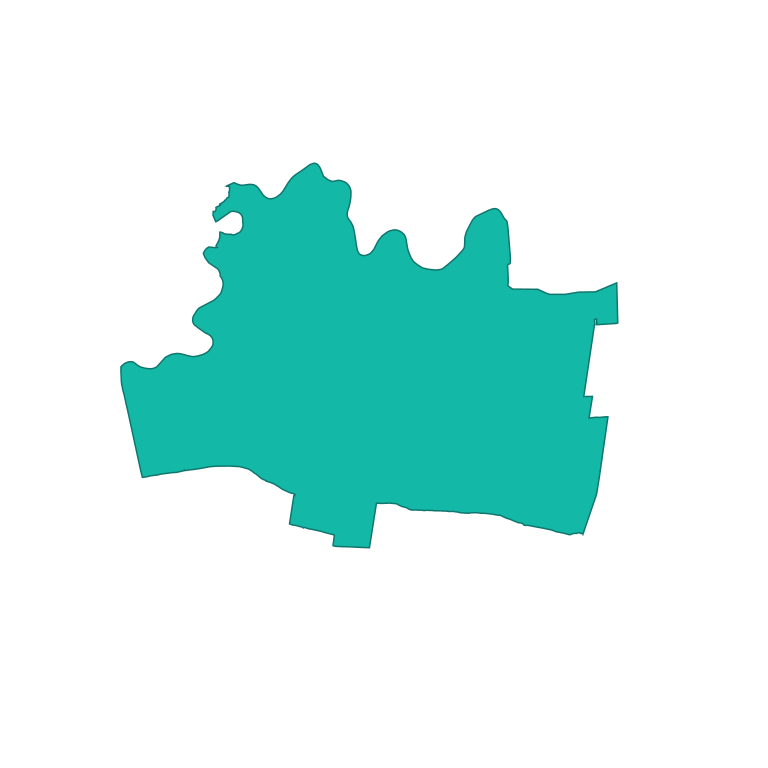 outline of Candesti, Botosani, Romania, rotated 131°
{"feature_id": "2599482B64349718392077", "entity_name": "Candesti", "entity_type": "district", "adm_level": 2, "iso_a3": "ROU", "parent_name": "Romania", "parent_adm1": "Botosani", "projection": "robinson", "projection_center": [26.21, 47.926], "detail": "fine", "context": "isolated", "style": "filled", "palette": "teal", "viewbox_px": 768, "rotation_deg": 131, "n_neighbors": 0, "source": "geoboundaries", "source_scale": "gbopen_adm2", "svg_char_len": 6147}
<svg xmlns="http://www.w3.org/2000/svg" viewBox="0 0 768 768"><g transform="rotate(131 384 384)"><path d="M543.4,593.9L546.8,591.1L555.2,583.1L559.7,577.4L563.3,572.1L568.2,565.6L572.3,559.9L599.8,523.1L609.2,510.5L613.0,505.1L610.2,502.6L605.9,499.5L601.3,495.3L598.4,493.3L590.1,485.9L586.7,482.5L580.3,477.8L579.9,478.1L579.8,477.7L579.6,477.2L578.6,476.2L576.7,474.7L574.1,472.2L568.6,467.5L560.7,461.2L556.2,456.8L547.3,446.8L542.6,440.7L542.0,440.0L541.3,439.1L539.7,436.2L538.1,432.5L537.2,430.9L537.0,430.2L536.4,426.3L536.3,423.7L535.9,421.0L535.8,415.2L535.7,414.1L535.0,411.5L534.3,409.9L534.7,409.4L532.9,405.3L532.1,403.0L531.2,400.0L531.1,398.0L530.6,396.3L530.5,394.5L530.1,391.5L528.0,384.4L527.2,382.3L526.2,380.5L525.7,378.7L526.9,378.1L527.4,378.8L551.6,363.5L550.3,360.3L548.6,357.8L546.4,353.1L545.5,351.8L545.6,351.1L545.6,350.4L544.4,349.8L544.1,349.3L543.3,347.2L542.0,344.5L541.5,344.2L540.2,341.6L538.8,339.1L536.2,334.2L535.3,332.0L530.5,322.4L539.5,316.4L538.3,314.1L533.8,308.3L529.9,303.7L522.4,294.1L517.1,287.6L478.9,311.5L478.4,311.0L476.6,308.5L473.8,305.4L470.5,302.0L466.4,296.3L466.0,295.4L465.7,293.5L464.5,289.6L462.7,286.3L462.5,285.7L462.4,284.0L461.7,281.9L461.1,280.7L460.1,279.3L458.7,278.0L457.3,276.3L456.8,275.4L454.4,272.6L453.8,271.5L452.6,270.1L451.9,269.6L448.2,265.1L446.3,262.4L443.2,258.9L441.9,257.1L439.6,254.3L437.4,251.1L434.6,248.0L434.0,246.8L432.5,244.7L431.0,241.8L429.2,239.5L428.3,238.1L427.3,237.1L426.1,235.4L423.9,233.6L420.8,230.2L418.8,227.4L418.0,226.1L415.4,223.0L412.2,218.4L411.0,216.6L408.5,212.3L406.7,210.0L406.3,208.0L405.4,205.1L404.8,203.2L403.5,200.4L401.9,195.4L400.5,191.5L399.3,189.9L398.5,188.1L398.4,187.6L398.7,186.1L398.4,185.2L397.7,184.2L396.6,183.2L395.0,180.5L391.2,173.9L390.4,172.7L387.8,168.2L386.5,165.8L384.2,161.7L383.2,158.9L382.0,156.1L381.1,154.9L379.9,152.5L378.9,151.1L378.4,149.7L376.5,146.2L376.3,145.3L375.4,144.6L372.6,143.0L371.4,141.8L370.4,140.6L368.8,139.8L368.3,139.3L368.0,138.9L367.9,137.7L366.7,136.3L366.7,135.8L366.9,135.3L333.0,149.1L328.6,150.9L326.5,152.0L312.7,160.6L261.9,193.4L262.7,194.6L267.7,199.3L270.2,202.4L275.2,206.9L256.6,218.5L262.4,225.0L201.4,263.9L200.8,263.6L197.2,267.5L195.5,266.2L199.6,262.3L186.0,248.5L184.6,247.6L155.0,274.7L175.8,284.9L187.0,297.4L197.5,306.1L207.7,317.8L209.2,321.7L211.6,330.0L228.1,349.3L228.6,355.0L225.0,357.6L221.6,360.7L212.8,369.1L210.9,368.0L209.6,368.2L207.3,370.2L206.2,371.0L185.2,392.5L180.5,398.0L180.2,401.2L179.9,402.6L178.1,407.5L177.6,409.5L177.5,411.9L177.6,413.0L178.4,414.7L178.8,415.3L180.4,416.8L184.3,419.0L195.6,423.9L197.0,424.5L198.9,424.9L203.3,424.6L214.7,421.8L218.9,419.9L220.5,419.0L226.7,414.0L227.7,413.3L228.8,412.8L230.5,412.5L232.2,412.4L239.9,412.6L242.5,412.8L252.0,414.2L258.0,415.3L259.4,415.8L260.3,416.4L262.7,418.3L264.8,420.7L267.4,424.5L269.0,427.0L270.7,430.3L271.1,431.1L272.1,437.3L272.2,442.1L271.1,446.1L269.5,449.5L268.1,452.1L267.0,454.0L265.2,456.4L260.3,462.3L259.2,463.9L258.3,465.9L257.9,467.4L258.0,471.2L258.4,472.8L259.5,475.5L260.8,477.2L261.9,478.2L264.9,480.2L266.6,481.0L268.6,481.6L273.7,482.6L278.3,482.4L280.2,482.2L289.1,480.0L292.7,479.9L294.2,480.0L295.3,480.3L296.9,481.0L299.5,482.5L300.6,483.9L301.7,486.1L301.9,487.1L301.9,488.1L301.7,489.1L301.5,489.9L300.4,491.9L297.6,495.7L293.2,500.7L288.4,506.5L286.1,509.7L285.0,511.4L283.6,515.1L282.5,519.8L282.3,520.4L281.2,522.0L279.0,524.0L275.9,525.6L273.7,526.4L269.0,528.8L264.2,532.0L260.4,535.2L259.5,536.3L258.1,538.6L257.7,539.6L257.3,541.3L257.0,544.1L257.3,546.1L257.9,547.8L258.7,549.6L259.8,551.6L260.6,552.4L264.3,555.2L264.9,555.8L265.4,556.7L266.4,559.5L266.7,560.8L266.9,566.1L263.5,572.5L262.8,574.0L262.0,577.1L261.9,578.5L262.1,579.4L262.8,581.0L263.6,581.9L266.0,583.3L267.7,584.0L276.2,585.9L284.2,588.1L286.4,588.5L289.0,588.7L292.2,588.6L294.7,588.4L304.3,586.8L308.1,586.7L309.1,586.8L313.5,587.8L314.8,588.3L316.1,589.0L318.3,590.7L319.1,591.6L319.9,592.9L320.7,595.4L320.8,597.8L320.6,599.6L319.1,605.3L318.4,608.8L318.5,610.9L318.9,612.4L319.4,613.5L320.4,615.0L321.4,616.3L327.2,621.5L328.1,622.9L329.2,625.3L330.5,629.3L337.1,632.4L338.1,632.7L337.9,632.2L337.5,631.8L336.4,630.5L336.3,630.2L337.7,629.0L338.9,627.7L341.3,626.8L341.7,626.0L344.6,623.7L344.8,623.7L345.8,624.3L346.6,624.5L347.5,624.4L348.5,624.1L349.8,624.7L350.7,624.5L352.1,624.7L353.4,625.2L355.0,625.5L355.9,626.0L356.2,626.0L356.3,625.7L356.0,624.9L356.7,624.8L357.9,625.3L360.4,626.6L361.2,626.6L362.0,625.5L362.6,625.1L364.8,624.7L365.2,625.0L365.8,626.1L368.8,623.8L371.5,618.3L371.9,617.4L370.6,616.8L354.2,612.7L352.2,610.7L350.0,606.6L349.7,603.5L350.7,600.7L351.3,599.9L353.4,597.7L354.3,597.0L355.7,595.4L356.8,594.4L359.2,593.2L361.6,592.5L363.4,592.4L364.9,592.7L366.9,593.6L369.2,594.5L369.6,594.8L370.7,596.0L370.9,596.3L371.4,597.8L372.7,599.1L374.6,601.6L375.4,603.3L375.6,604.7L376.5,606.8L376.9,607.5L377.6,607.1L380.4,604.7L382.6,603.4L386.2,602.2L388.8,601.7L390.0,601.3L390.5,600.6L390.3,599.5L390.7,599.7L392.6,601.8L393.8,603.7L394.9,605.1L395.5,606.1L397.5,606.7L399.7,606.9L402.3,606.5L403.5,606.2L404.2,605.7L406.1,601.8L406.8,599.1L407.0,597.6L407.5,595.7L406.7,589.4L406.6,587.8L406.2,585.7L406.2,585.1L406.5,583.6L406.7,583.0L408.2,580.1L408.6,579.6L409.7,578.8L410.0,578.4L410.6,576.1L411.2,574.6L412.1,573.1L413.3,571.7L414.7,570.4L416.2,569.5L418.5,568.4L422.5,566.7L424.7,566.6L430.3,567.0L432.9,567.5L445.6,572.5L447.7,573.2L449.4,573.5L451.7,573.4L456.6,572.6L458.1,572.3L459.4,571.7L461.1,570.5L462.1,569.5L462.7,568.7L463.3,567.6L463.8,565.8L463.4,559.5L462.7,552.8L461.8,549.3L461.5,547.1L461.8,544.6L462.1,543.7L462.9,542.2L464.1,540.8L465.7,539.5L467.3,538.6L469.5,538.2L474.7,538.0L477.9,538.9L481.1,540.4L484.7,542.7L487.9,545.3L489.0,546.6L490.1,548.3L491.9,551.8L493.2,554.6L494.4,556.8L495.6,558.8L497.1,560.6L500.7,563.6L502.6,564.6L506.7,566.3L507.5,566.5L519.9,566.7L522.1,567.5L524.0,568.7L525.0,569.5L527.1,572.0L528.9,574.8L530.7,578.5L531.2,580.0L531.5,582.0L531.8,586.9L532.1,588.0L532.9,589.3L534.3,590.8L535.7,591.8L537.5,592.8L539.9,593.5L543.4,593.9Z" fill="#14b8a6" stroke="#0f766e" stroke-width="1.5"/></g></svg>